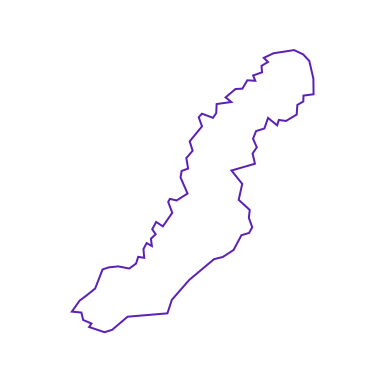 King and Queen, Virginia, United States of America (Mercator projection), rotated 76°
{"feature_id": "52423323B46696554081250", "entity_name": "King and Queen", "entity_type": "district", "adm_level": 2, "iso_a3": "USA", "parent_name": "United States of America", "parent_adm1": "Virginia", "projection": "mercator", "projection_center": [-76.93, 37.702], "detail": "fine", "context": "isolated", "style": "outline", "palette": "violet", "viewbox_px": 384, "rotation_deg": 76, "n_neighbors": 0, "source": "geoboundaries", "source_scale": "gbopen_adm2", "svg_char_len": 1203}
<svg xmlns="http://www.w3.org/2000/svg" viewBox="0 0 384 384"><g transform="rotate(76 192 192)"><path d="M79.2,89.9L84.2,86.8L86.4,94.0L92.8,95.1L93.7,104.5L99.4,103.7L97.0,111.3L103.9,118.1L102.6,124.9L108.3,136.5L114.2,132.1L112.6,146.8L121.3,149.4L125.1,153.7L118.4,163.4L121.1,167.4L130.7,166.4L142.3,182.0L152.1,181.4L157.7,189.3L168.3,190.1L169.1,197.0L175.1,199.6L192.4,196.7L196.5,209.0L193.3,215.1L195.9,217.5L207.4,216.2L218.3,228.6L212.4,234.0L218.5,239.6L224.2,237.5L227.4,243.2L234.7,244.0L230.6,248.4L235.6,252.9L244.3,254.3L241.9,259.9L247.9,263.6L251.1,271.4L246.3,281.6L245.0,291.2L245.5,297.5L262.2,309.3L266.4,318.3L270.2,327.3L279.0,337.5L282.2,328.5L289.8,328.6L295.3,321.4L298.1,324.5L306.9,310.8L306.4,302.8L297.4,284.7L303.8,245.2L291.8,237.7L276.6,215.9L262.5,186.9L262.5,177.8L258.3,165.7L245.9,154.5L245.5,146.5L240.8,142.1L230.8,143.1L223.4,140.3L210.9,148.6L196.3,141.3L180.7,148.5L179.8,124.1L169.3,123.9L164.3,118.3L155.1,119.9L148.4,115.1L147.9,106.4L138.5,100.3L147.9,93.3L143.1,90.3L145.8,83.6L142.2,71.7L133.0,68.7L131.1,62.1L125.4,60.5L126.6,50.4L111.4,46.8L93.2,46.5L85.3,50.9L79.0,58.6L77.1,79.3L79.2,89.9Z" fill="none" stroke="#5b21b6" stroke-width="2"/></g></svg>